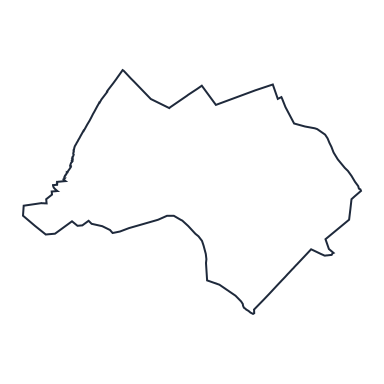 outline of Monclova, Coahuila, Mexico
{"feature_id": "50627088B80535249713171", "entity_name": "Monclova", "entity_type": "district", "adm_level": 2, "iso_a3": "MEX", "parent_name": "Mexico", "parent_adm1": "Coahuila", "projection": "natural_earth1", "projection_center": [-101.35, 26.881], "detail": "fine", "context": "isolated", "style": "outline", "palette": "slate", "viewbox_px": 384, "rotation_deg": 0, "n_neighbors": 0, "source": "geoboundaries", "source_scale": "gbopen_adm2", "svg_char_len": 3906}
<svg xmlns="http://www.w3.org/2000/svg" viewBox="0 0 384 384"><path d="M253.0,313.9L254.2,313.2L254.1,310.2L254.0,309.6L263.0,300.4L269.5,293.6L273.4,289.4L277.4,285.1L282.3,279.9L283.0,279.2L285.0,277.1L287.9,273.9L288.8,273.0L290.2,271.5L292.7,268.8L293.3,268.3L294.4,267.0L295.0,266.4L295.8,265.5L296.5,264.8L297.9,263.4L298.0,263.2L298.9,262.3L301.8,259.2L307.0,253.7L311.1,249.3L313.9,250.6L321.2,254.1L321.9,254.4L322.6,254.7L323.9,255.3L324.5,255.6L325.3,255.6L326.7,255.4L327.1,255.4L331.6,254.9L332.6,253.3L333.5,252.9L328.9,249.0L325.5,239.2L349.1,219.7L350.4,209.0L351.5,199.2L354.6,196.4L361.0,190.9L360.4,189.4L358.9,188.6L358.2,186.1L355.0,181.8L351.5,175.9L347.9,170.9L344.8,167.9L337.8,159.4L333.7,152.7L333.3,151.8L331.4,146.8L329.4,142.8L327.6,138.4L325.1,134.6L317.2,129.1L314.8,128.3L305.0,126.5L294.1,123.5L287.1,110.2L285.5,107.2L285.3,106.7L282.0,98.4L281.4,97.1L277.8,98.9L272.8,84.5L255.4,90.3L215.9,104.9L207.6,93.6L201.8,85.7L197.2,88.9L188.2,94.8L186.9,95.8L170.0,107.4L169.3,108.1L168.3,107.6L150.8,99.0L134.3,81.9L130.9,78.5L123.7,70.8L122.6,70.1L121.8,71.3L117.1,77.9L116.5,78.8L113.2,83.3L110.1,87.3L108.1,89.9L107.0,91.4L107.3,91.8L101.4,99.5L99.6,102.7L99.3,102.5L98.5,104.1L97.4,106.0L96.1,108.4L94.5,111.4L93.7,112.8L93.1,113.8L92.6,114.8L91.3,117.4L89.5,120.8L87.2,124.6L84.8,129.0L84.2,130.0L83.7,130.9L83.5,130.7L81.2,134.9L81.1,135.0L80.3,136.5L79.4,138.2L78.3,140.0L78.1,140.5L77.5,141.6L76.9,142.5L76.2,143.9L75.1,145.7L74.7,146.5L74.6,147.0L74.4,147.5L74.2,148.4L74.2,148.5L74.0,149.2L73.9,149.4L74.0,149.4L74.0,149.5L74.0,149.8L73.9,150.1L73.8,150.3L73.7,150.5L73.7,150.8L73.7,151.0L73.7,151.3L73.8,151.4L73.8,151.5L73.8,151.8L73.7,152.0L73.6,152.3L73.5,152.6L73.4,152.6L73.4,152.8L73.4,153.0L73.4,153.3L73.3,153.5L73.2,153.8L73.3,154.1L73.5,154.4L73.7,154.6L73.6,155.0L73.4,155.4L73.3,155.8L73.2,156.1L72.9,156.5L72.5,157.2L72.4,157.2L72.3,157.5L72.7,158.0L72.5,158.3L72.1,158.8L72.7,159.3L72.3,159.9L71.9,160.4L72.4,160.8L72.3,161.1L72.5,161.2L72.3,161.5L72.1,161.8L71.8,161.7L71.6,162.0L71.3,162.6L71.1,162.9L71.0,163.2L70.7,163.9L70.5,164.6L70.2,165.4L70.8,165.9L70.6,166.2L70.4,166.5L70.9,166.9L70.6,167.4L70.4,167.7L70.2,167.9L70.2,168.0L69.8,168.6L69.6,168.9L69.4,169.2L69.2,169.5L69.0,169.8L68.8,170.0L68.6,170.3L68.4,170.6L68.2,170.9L67.9,171.4L67.8,171.5L67.6,172.2L67.4,172.2L67.1,172.7L66.8,172.5L66.8,172.8L66.7,172.9L66.7,173.0L66.6,173.3L66.5,173.5L66.4,173.7L66.4,173.8L66.3,174.0L66.2,174.1L66.2,174.3L66.0,174.5L65.9,174.6L65.8,174.8L65.7,174.9L65.7,175.0L65.4,175.2L65.4,175.3L65.3,175.5L65.2,175.5L65.1,175.8L65.0,176.0L64.9,176.0L64.8,176.3L64.7,176.4L64.7,176.5L64.5,176.8L64.4,177.0L64.4,177.3L64.4,177.5L64.5,177.6L64.5,177.8L64.5,178.0L64.3,178.3L64.2,178.3L64.2,178.5L64.3,178.5L64.4,178.4L64.4,178.5L64.5,178.5L64.4,178.6L64.3,178.8L64.2,178.8L64.1,179.0L64.2,179.3L64.0,179.2L63.9,179.2L63.8,179.3L63.7,179.3L63.4,179.4L63.4,179.5L63.8,179.8L65.5,181.1L64.2,181.2L62.1,181.4L60.1,181.6L58.7,181.7L57.5,181.9L57.1,181.9L57.2,183.6L56.9,183.6L57.0,184.8L53.0,185.1L53.0,185.4L53.1,185.8L53.2,186.1L53.3,186.5L53.5,187.0L53.8,187.6L54.1,188.0L54.7,188.7L55.8,189.7L56.8,190.6L57.3,191.0L57.2,191.0L55.8,191.2L51.7,191.5L52.0,194.6L46.2,199.2L46.5,202.5L46.6,203.4L41.5,203.2L41.4,203.1L41.1,203.2L40.9,203.2L23.7,205.7L23.0,215.7L24.2,216.7L35.0,225.9L45.4,234.2L45.7,234.5L55.0,233.7L72.0,221.3L77.5,225.8L82.0,225.4L82.3,225.4L87.9,221.3L88.6,220.8L91.6,223.8L102.3,226.2L110.0,230.0L112.6,233.0L114.7,232.6L120.0,231.5L129.0,228.1L139.5,225.1L156.2,220.3L158.2,219.7L167.0,215.8L173.8,215.8L174.0,215.9L180.7,219.8L182.3,220.6L188.2,226.0L195.4,233.8L198.5,236.3L202.0,240.9L203.6,245.7L205.6,253.2L205.8,254.0L206.4,259.2L206.0,263.0L207.1,280.4L219.4,284.7L235.5,295.7L241.1,301.4L242.8,304.0L243.0,305.6L243.9,307.7L245.5,308.8L246.1,309.5L248.5,310.9L250.5,312.6L253.0,313.9Z" fill="none" stroke="#1e293b" stroke-width="2"/></svg>